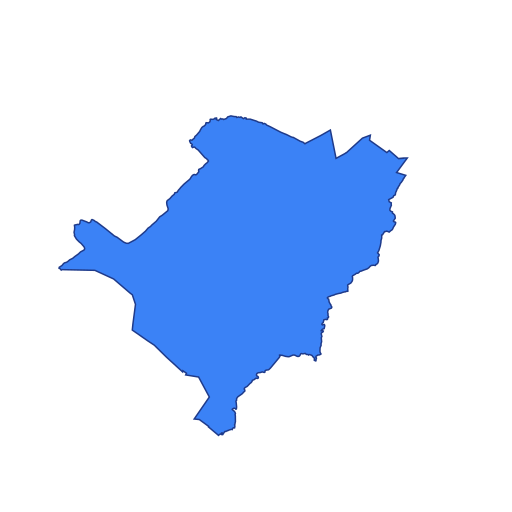 Zaka, Masvingo, Zimbabwe, rotated 62°
{"feature_id": "62879985B3510020236883", "entity_name": "Zaka", "entity_type": "district", "adm_level": 2, "iso_a3": "ZWE", "parent_name": "Zimbabwe", "parent_adm1": "Masvingo", "projection": "robinson", "projection_center": [31.468, -20.378], "detail": "fine", "context": "isolated", "style": "filled", "palette": "blue", "viewbox_px": 512, "rotation_deg": 62, "n_neighbors": 0, "source": "geoboundaries", "source_scale": "gbopen_adm2", "svg_char_len": 6125}
<svg xmlns="http://www.w3.org/2000/svg" viewBox="0 0 512 512"><g transform="rotate(62 256 256)"><path d="M240.5,76.4L239.0,79.2L238.0,81.6L238.3,81.4L237.0,84.4L225.4,88.8L226.1,91.9L207.1,101.4L203.0,98.3L201.9,106.7L207.3,127.9L207.1,128.3L207.3,129.2L207.4,139.5L179.7,131.2L180.0,142.2L179.8,159.3L179.9,160.1L177.7,161.0L175.4,163.1L168.8,167.4L168.8,167.6L167.4,169.0L163.7,171.6L158.5,175.9L148.6,182.7L145.3,185.2L144.1,185.4L142.7,186.6L142.7,187.7L142.5,187.9L141.2,188.0L139.1,190.9L137.2,192.2L132.4,196.9L130.6,200.3L129.7,199.9L128.7,200.9L128.8,202.7L126.1,204.0L126.1,205.1L125.0,206.2L124.7,207.9L123.6,208.1L122.7,209.7L120.5,212.4L119.9,215.7L120.7,217.5L120.3,220.5L119.4,220.9L119.0,222.1L118.0,222.6L118.7,225.7L116.7,227.0L115.9,226.0L115.4,226.3L115.4,226.8L115.0,227.5L115.3,228.7L115.2,229.8L113.9,231.8L113.9,232.3L114.3,232.3L115.7,233.6L116.0,234.1L116.1,235.5L114.9,237.4L115.2,238.0L116.0,238.4L116.7,239.8L116.9,240.7L116.8,241.7L117.1,243.4L118.3,245.5L119.6,247.3L121.4,251.9L121.8,253.8L123.2,255.4L123.2,256.4L123.7,258.1L123.6,258.4L122.8,259.2L122.7,259.7L123.0,260.5L123.7,260.7L125.8,260.8L126.5,260.2L127.8,260.0L128.0,260.1L128.5,261.3L130.1,261.3L130.5,261.1L130.6,259.9L131.1,259.0L132.9,258.5L135.2,257.3L145.0,255.0L146.6,254.1L147.3,253.8L148.1,253.8L149.0,253.3L149.9,253.5L150.7,255.3L151.0,257.2L151.7,259.4L152.5,260.6L152.8,263.7L152.7,265.9L153.4,266.5L154.8,267.0L156.0,269.9L156.1,271.0L155.0,272.3L154.9,273.2L155.0,274.3L155.7,275.9L156.8,277.7L157.2,278.7L158.7,285.7L160.2,290.5L160.6,291.2L161.5,293.7L162.6,295.5L162.6,296.2L162.1,298.0L163.2,299.3L163.6,301.7L164.9,305.1L165.4,308.3L166.0,309.1L166.9,309.8L169.2,310.7L172.8,311.3L173.8,311.9L174.6,312.7L176.0,319.7L176.2,322.6L178.5,327.8L179.7,333.3L180.4,335.3L180.7,338.2L182.2,342.0L183.5,347.7L184.9,355.0L184.9,362.8L183.8,364.6L181.5,366.4L174.3,369.8L171.9,371.6L161.2,376.1L151.2,380.7L150.2,381.6L148.5,382.3L146.9,383.6L146.8,383.8L147.0,384.5L148.3,386.0L148.4,387.4L148.3,387.9L147.5,388.8L146.6,389.3L142.7,392.7L142.1,393.7L142.3,394.6L144.5,396.2L145.0,397.3L144.9,398.0L144.2,398.9L144.0,400.2L143.6,401.1L143.6,401.9L145.5,402.6L147.4,403.7L149.6,405.5L152.0,406.2L152.8,406.8L156.8,406.6L160.5,405.5L162.8,404.5L167.2,403.5L168.8,403.7L169.6,404.3L169.9,404.9L170.0,405.8L170.0,409.0L170.8,411.7L171.4,416.2L172.0,419.0L171.9,422.2L172.5,424.8L172.6,426.4L172.2,428.0L172.3,429.4L173.3,431.7L173.6,435.1L174.4,435.6L174.6,435.2L177.0,434.6L176.9,433.8L193.0,405.0L209.4,392.5L230.1,384.4L232.1,383.4L242.1,385.1L258.4,396.7L263.3,400.0L280.5,391.2L286.9,387.7L303.4,382.5L323.9,375.2L323.0,374.4L326.9,372.4L328.0,373.9L335.9,363.5L358.6,363.4L370.9,387.1L373.8,382.8L384.2,377.8L384.6,378.2L396.8,373.3L396.4,371.9L396.6,370.9L396.1,369.4L396.4,368.9L397.0,369.1L397.2,370.0L397.5,370.2L398.1,369.3L396.3,366.0L396.8,365.1L396.6,364.7L396.9,363.8L396.8,362.9L397.1,362.2L397.0,361.2L397.3,360.4L397.4,359.2L398.1,358.5L397.5,357.8L397.1,357.0L397.1,356.5L397.6,355.9L397.7,355.6L396.3,354.5L394.9,354.1L394.6,353.5L393.5,352.8L392.7,352.0L387.5,349.3L386.2,348.9L385.4,348.1L383.9,347.9L382.5,348.2L380.6,349.0L380.2,349.0L379.9,348.0L380.1,346.7L380.7,346.1L381.9,345.7L381.8,345.1L380.2,344.0L376.4,342.4L374.7,341.9L374.3,340.9L372.8,340.1L371.8,338.2L371.1,332.6L370.4,330.9L370.1,329.4L369.2,328.8L368.1,328.9L367.6,328.6L367.2,328.1L367.0,327.0L367.0,325.0L365.7,321.1L365.5,319.7L364.9,318.4L364.1,317.7L364.3,315.0L363.9,314.3L363.9,313.4L364.8,312.2L364.8,311.3L364.3,310.9L363.5,310.8L362.8,311.1L362.5,311.5L361.7,311.6L361.0,311.3L360.2,310.4L360.1,309.6L360.2,308.6L360.9,307.1L361.3,304.9L362.7,303.4L362.7,302.6L361.8,302.1L361.5,301.5L361.6,300.4L362.3,298.6L362.3,297.9L361.7,295.8L356.6,283.3L355.7,281.9L354.6,281.8L354.6,281.4L355.5,280.4L355.8,279.7L358.5,277.0L360.1,274.8L360.5,273.8L360.8,270.0L361.3,268.9L362.1,268.0L363.4,267.2L364.3,266.3L364.7,265.4L364.7,264.6L364.1,263.4L363.4,262.5L363.4,262.0L363.5,261.6L364.4,260.6L365.1,258.3L366.6,257.7L367.3,256.4L368.1,256.1L368.0,255.6L368.2,254.9L370.0,253.3L372.0,253.0L372.6,252.6L373.9,252.6L375.5,253.5L376.7,252.5L376.1,251.8L375.6,251.7L374.8,250.7L374.2,250.5L373.4,250.7L372.7,250.0L372.5,247.8L373.0,246.8L373.2,244.9L372.6,244.5L371.7,244.7L370.2,244.3L367.1,242.5L365.5,240.5L364.0,239.8L362.5,238.3L358.8,236.7L358.0,235.6L355.2,234.9L354.6,234.2L354.5,232.6L353.9,231.8L353.2,232.2L352.9,233.2L352.6,233.5L351.8,231.8L352.1,230.3L352.1,229.9L350.0,228.1L349.1,227.8L348.5,227.9L348.1,229.6L347.9,229.8L347.2,229.9L346.6,229.2L346.3,227.9L344.2,226.0L344.6,224.3L345.5,223.3L345.4,222.6L345.0,222.2L344.3,222.1L344.3,221.2L343.9,220.5L342.0,220.3L341.1,219.6L339.6,219.3L338.0,218.2L337.1,216.7L337.4,213.9L337.0,213.3L336.6,213.0L335.0,213.1L334.1,212.8L333.5,213.0L331.0,213.0L328.2,212.1L327.4,212.6L326.5,212.7L326.2,212.2L326.1,210.7L326.4,209.4L326.4,208.3L327.1,205.2L327.1,204.0L327.9,200.6L328.6,198.5L328.8,196.5L329.4,194.2L329.6,194.0L329.7,192.5L330.1,191.9L330.2,191.4L327.8,190.3L326.5,189.3L325.7,189.2L324.7,188.7L324.5,188.0L324.4,185.0L323.5,183.1L322.5,182.0L320.5,180.9L319.3,180.6L318.8,179.9L318.7,176.9L318.4,175.4L318.9,174.4L319.0,173.7L318.8,172.7L318.3,171.4L318.7,170.4L319.0,167.6L319.6,163.7L319.3,161.7L318.7,160.2L318.5,158.6L319.3,156.6L320.4,155.1L320.4,154.9L319.8,154.3L319.8,152.7L319.3,151.6L317.9,150.2L315.7,149.3L314.3,148.9L313.6,147.3L312.6,146.6L310.3,147.2L308.9,145.0L305.3,141.4L302.2,139.0L301.3,138.6L299.2,136.6L296.5,135.2L296.7,134.7L296.6,134.2L294.8,131.0L295.3,130.0L295.3,129.2L295.9,128.4L297.4,127.2L296.9,125.2L296.8,123.7L296.4,122.8L295.0,121.0L293.4,118.1L292.2,117.0L291.6,117.0L290.4,118.2L289.6,118.3L288.0,115.3L285.7,114.4L284.6,114.4L283.1,114.9L282.3,115.4L281.1,114.8L279.7,116.0L278.3,116.3L277.0,115.4L274.7,112.6L273.6,112.3L272.6,111.6L270.7,112.9L268.5,112.4L268.5,107.5L267.4,106.1L267.4,104.3L265.5,102.9L264.5,101.5L262.7,99.5L262.6,98.7L262.2,98.6L260.5,95.6L259.7,94.8L259.2,93.2L257.8,90.5L257.1,89.9L256.9,89.0L256.5,88.7L255.1,85.9L248.3,92.7L240.5,76.4Z" fill="#3b82f6" stroke="#1e3a8a" stroke-width="1.5"/></g></svg>